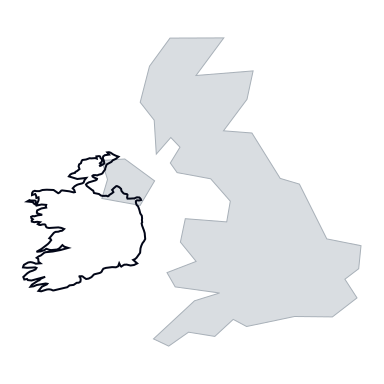 Ireland highlighted among its neighbors
{"feature_id": "IRL", "entity_name": "Ireland", "entity_type": "country or territory", "adm_level": 0, "iso_a3": "IRL", "parent_name": "Europe", "parent_adm1": "", "projection": "natural_earth1", "projection_center": [-8.443, 53.42], "detail": "fine", "context": "with_neighbors", "style": "outline", "palette": "ink", "viewbox_px": 384, "rotation_deg": 0, "n_neighbors": 1, "source": "natural_earth", "source_scale": "50m", "svg_char_len": 4331}
<svg xmlns="http://www.w3.org/2000/svg" viewBox="0 0 384 384"><path d="M140.1,205.4L101.9,198.5L107.5,179.5L101.7,160.5L124.8,159.0L154.6,180.9L140.1,205.4ZM226.7,221.9L230.3,201.2L210.7,178.8L177.1,172.6L170.3,163.0L180.0,147.2L170.8,137.5L156.3,154.1L154.2,120.2L140.2,102.3L149.5,66.2L170.0,38.1L223.8,37.9L196.0,75.5L253.1,70.9L247.0,99.3L223.5,130.8L251.9,133.0L280.2,178.4L299.4,184.1L326.8,238.9L361.0,245.7L358.7,268.7L344.9,279.2L357.0,297.9L332.4,316.9L294.5,316.5L246.6,326.5L233.2,319.4L214.8,336.4L188.5,332.2L168.7,346.1L153.5,338.9L194.5,300.8L219.6,293.0L175.2,286.9L167.0,272.6L196.1,261.4L180.4,242.1L185.3,218.7L226.7,221.9Z" fill="#d9dde1" stroke="#a8b0b8" stroke-width="1"/><path d="M111.4,161.9L107.1,164.2L106.4,165.0L105.2,168.5L105.1,169.5L103.7,171.3L102.4,173.4L100.8,174.2L98.5,174.8L97.2,175.4L95.6,175.1L93.5,175.1L92.4,175.8L92.5,176.4L93.1,177.0L94.9,177.9L97.0,178.8L96.8,179.5L95.7,180.3L88.7,182.4L86.7,183.7L86.0,184.5L86.7,185.9L92.2,190.1L93.2,190.6L94.0,193.0L98.9,194.0L100.9,195.5L102.6,195.9L106.4,195.8L107.9,196.3L108.7,195.9L109.2,195.1L112.4,193.0L113.4,192.1L112.8,190.9L112.1,189.9L114.0,188.0L116.3,186.1L117.4,186.2L119.4,187.3L121.1,188.9L121.3,190.2L121.6,191.1L123.2,193.0L124.2,193.7L126.9,194.1L127.5,194.8L127.1,197.6L127.5,198.6L130.3,198.6L133.3,198.4L134.3,198.5L135.4,197.9L137.0,197.3L139.4,197.5L140.6,198.8L141.1,200.0L139.1,200.5L137.0,200.3L135.9,201.1L135.9,202.7L136.6,204.9L138.1,206.4L139.3,209.7L140.3,213.5L141.8,215.7L142.1,218.5L141.9,219.9L142.2,222.4L141.6,223.3L142.1,225.6L143.9,230.4L144.7,233.1L145.2,239.0L144.0,241.2L142.4,243.3L141.3,245.8L140.5,248.4L140.1,252.8L136.5,257.8L135.0,259.1L133.2,259.9L137.2,263.4L134.0,265.0L130.6,265.5L126.7,264.6L124.3,264.7L122.2,265.9L121.3,266.6L120.6,266.2L119.2,263.3L118.1,266.3L115.9,267.3L112.2,267.1L105.9,267.9L103.4,268.7L102.4,270.1L101.7,271.6L100.7,272.5L99.6,273.0L94.7,274.2L93.8,274.6L91.5,277.1L88.6,278.6L86.1,279.0L83.9,277.5L83.0,276.7L82.0,276.2L78.7,276.3L79.7,276.7L80.4,277.8L80.7,279.7L80.4,281.7L78.7,282.7L76.7,282.8L73.6,284.9L69.5,285.4L67.3,287.2L53.7,290.4L52.9,290.4L51.0,289.6L49.0,289.3L46.9,289.5L41.2,291.3L38.5,290.9L42.0,286.6L46.8,284.4L47.3,283.8L45.7,283.5L36.7,285.0L33.6,286.3L30.5,286.7L31.9,284.7L36.0,282.0L38.1,280.7L39.4,280.2L41.0,278.6L45.2,276.8L31.5,280.5L27.9,280.1L27.1,279.0L24.3,279.5L23.3,277.0L27.4,273.2L29.9,271.6L32.7,270.7L35.5,269.4L36.5,267.9L35.2,267.4L27.0,267.8L23.0,267.4L23.3,266.2L24.0,264.8L28.1,262.5L30.3,262.1L32.3,262.4L34.2,263.0L35.8,263.7L40.4,263.3L38.5,261.8L38.2,258.8L36.7,257.8L38.6,256.4L40.8,255.5L44.4,252.6L45.7,252.2L52.8,251.5L60.6,250.0L68.2,247.9L64.3,246.7L62.4,245.1L59.4,248.3L57.2,249.5L51.1,250.1L49.2,249.8L46.4,248.8L45.6,249.2L44.8,249.9L40.7,251.4L36.5,251.8L41.4,249.0L47.7,244.2L49.2,242.7L51.2,240.1L50.5,238.9L49.3,238.3L53.8,232.9L55.4,231.9L58.3,231.7L60.5,230.9L61.4,230.9L62.3,230.6L64.1,229.0L61.3,227.9L58.3,227.4L49.1,228.0L47.9,227.8L46.7,227.4L46.0,226.6L45.4,224.8L44.8,224.4L42.7,224.4L40.6,225.0L39.2,224.9L37.8,224.1L40.0,222.2L37.2,221.8L34.2,222.2L31.8,221.6L31.7,220.4L32.9,219.3L31.4,218.2L31.1,216.8L32.7,216.1L34.4,216.3L37.8,215.3L42.2,214.8L38.4,213.7L36.9,212.9L36.9,211.5L37.2,210.4L41.5,208.4L46.2,207.6L45.8,206.3L46.2,204.9L41.5,204.5L36.9,205.5L37.4,202.9L38.5,200.5L38.7,198.9L38.5,197.3L36.4,198.0L36.1,195.6L35.2,194.0L32.0,195.1L32.1,193.0L33.0,191.5L34.7,190.8L36.4,191.1L39.5,191.1L42.4,190.0L46.7,189.7L53.6,190.0L58.2,193.2L59.5,192.6L61.3,190.6L62.2,190.4L69.3,191.3L73.7,192.4L74.9,192.1L74.2,189.9L72.7,188.3L74.6,186.3L76.9,184.9L78.5,184.3L82.1,183.4L83.6,182.6L84.6,180.0L86.3,177.9L77.3,179.0L68.9,176.4L70.2,174.6L72.0,173.6L75.1,172.8L75.4,171.9L77.0,171.1L79.5,169.1L78.6,166.4L79.1,164.4L81.0,163.1L81.5,161.3L82.4,160.0L86.1,159.5L89.7,158.2L91.1,158.4L95.3,158.1L96.8,158.6L96.4,156.4L99.1,156.1L100.1,156.5L100.6,158.1L101.8,159.1L102.1,160.8L101.3,162.2L100.0,163.2L101.2,164.3L99.3,166.2L101.4,165.4L104.3,163.5L104.1,162.0L103.6,160.0L102.8,158.3L103.2,156.4L104.8,155.2L109.1,154.6L107.3,152.4L108.9,152.2L110.6,152.7L113.1,154.4L115.8,155.7L118.5,156.7L115.9,158.8L112.7,160.3L111.4,161.9ZM35.9,203.8L35.8,204.8L33.8,203.5L32.8,202.1L27.1,201.5L29.5,200.1L30.6,200.5L34.6,200.5L35.7,201.1L35.9,203.8Z" fill="none" stroke="#020617" stroke-width="2"/></svg>